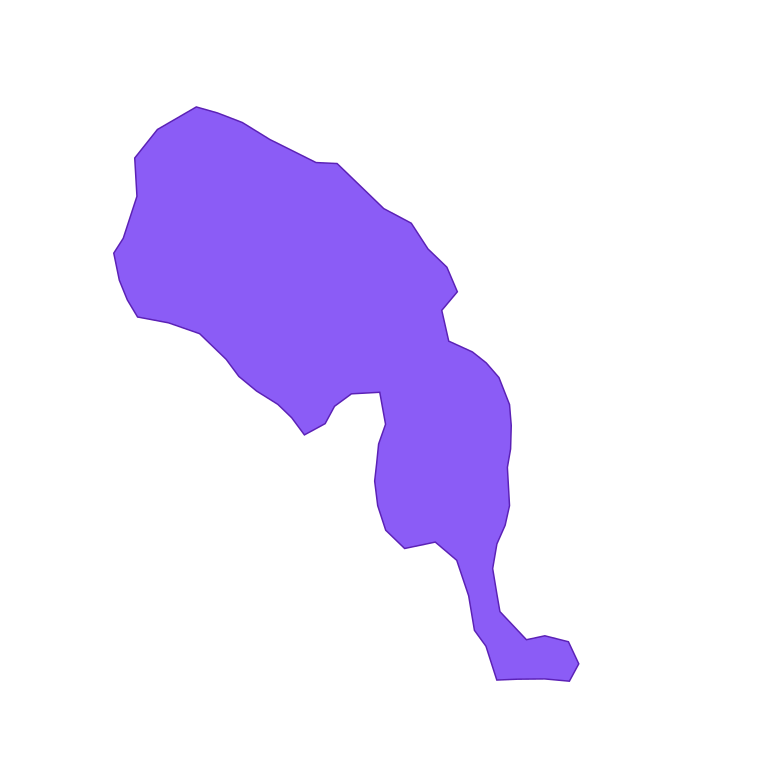 the district of Kontea, Cyprus, rotated 134°
{"feature_id": "46923920B33893861397598", "entity_name": "Kontea", "entity_type": "district", "adm_level": 2, "iso_a3": "CYP", "parent_name": "Cyprus", "parent_adm1": "", "projection": "natural_earth1", "projection_center": [33.731, 35.111], "detail": "fine", "context": "isolated", "style": "filled", "palette": "violet", "viewbox_px": 768, "rotation_deg": 134, "n_neighbors": 0, "source": "geoboundaries", "source_scale": "gbopen_adm2", "svg_char_len": 979}
<svg xmlns="http://www.w3.org/2000/svg" viewBox="0 0 768 768"><g transform="rotate(134 384 384)"><path d="M469.0,44.2L450.0,49.5L441.3,72.3L453.4,93.4L469.0,103.9L467.2,142.5L456.9,156.6L441.3,177.6L420.6,191.7L401.5,198.7L384.3,209.2L358.3,237.3L342.8,247.8L325.5,263.6L311.6,279.4L299.5,305.8L297.8,325.1L299.5,342.6L308.2,367.2L290.9,393.6L266.7,395.3L256.3,419.9L256.3,446.2L249.4,476.1L258.0,506.0L258.0,544.6L258.0,570.9L271.9,586.7L287.4,635.9L294.3,667.5L304.7,692.1L315.1,711.5L358.3,723.8L394.6,720.3L420.6,692.1L460.3,672.8L477.6,669.3L493.2,646.5L501.8,627.1L507.0,607.8L489.7,581.5L475.9,551.6L475.9,514.7L479.4,493.7L477.6,470.8L472.4,446.2L472.4,426.9L475.9,405.9L453.4,398.8L434.4,404.1L413.7,400.6L392.9,381.3L411.9,354.9L430.9,346.2L446.5,333.9L460.3,323.3L475.9,304.0L488.0,281.2L488.0,254.9L462.1,237.3L460.3,209.2L477.6,175.9L498.4,147.8L501.8,128.5L518.6,97.2L503.5,82.8L484.5,63.5L469.0,44.2Z" fill="#8b5cf6" stroke="#5b21b6" stroke-width="1.5"/></g></svg>